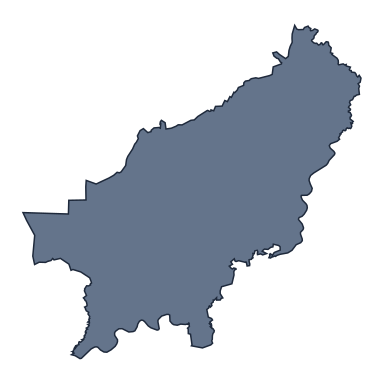 outline of Krimuldas pag., Krimuldas, Latvia
{"feature_id": "27541924B6857171142021", "entity_name": "Krimuldas pag.", "entity_type": "district", "adm_level": 2, "iso_a3": "LVA", "parent_name": "Latvia", "parent_adm1": "Krimuldas", "projection": "orthographic", "projection_center": [24.794, 57.217], "detail": "fine", "context": "isolated", "style": "filled", "palette": "slate", "viewbox_px": 384, "rotation_deg": 0, "n_neighbors": 0, "source": "geoboundaries", "source_scale": "gbopen_adm2", "svg_char_len": 5923}
<svg xmlns="http://www.w3.org/2000/svg" viewBox="0 0 384 384"><path d="M191.4,345.8L202.5,347.9L210.8,344.9L212.6,343.2L211.7,340.8L212.3,339.4L212.4,335.8L212.9,333.5L213.9,332.3L214.3,330.7L213.0,328.7L212.2,328.6L210.6,327.0L211.2,327.0L210.9,326.7L211.0,325.4L211.6,325.7L211.6,325.0L211.1,324.8L211.2,324.0L210.2,324.5L209.3,323.6L210.3,322.6L209.9,322.0L212.5,320.0L211.6,318.5L208.3,317.1L206.8,309.5L208.8,307.9L209.0,306.3L209.6,305.9L210.4,307.1L211.9,305.6L211.3,303.5L213.2,302.1L213.3,300.0L214.2,300.2L216.6,297.7L216.6,300.1L220.3,300.0L221.2,298.4L222.8,297.9L220.2,293.7L220.2,290.9L221.6,286.7L231.9,283.8L234.0,275.0L233.8,271.7L234.7,269.8L236.0,269.3L235.9,268.6L233.8,268.0L232.3,269.0L230.2,267.4L230.1,266.7L229.3,266.1L232.5,264.3L230.8,261.8L234.3,258.8L235.0,261.0L236.0,261.5L238.7,260.7L245.2,262.3L245.9,261.9L246.3,262.3L247.1,266.0L249.6,265.6L249.8,264.0L249.1,261.4L249.1,259.7L251.5,259.3L251.8,258.2L252.7,258.2L253.0,257.6L252.6,256.9L252.8,255.6L253.2,255.1L252.9,253.5L254.3,253.7L254.8,250.9L257.2,250.3L257.9,252.1L257.3,252.9L257.5,254.6L260.6,253.9L262.7,254.9L266.6,253.6L262.2,251.2L263.2,250.1L264.4,249.1L268.0,249.4L270.8,247.3L272.9,246.9L273.3,244.2L278.3,245.4L279.5,246.1L280.1,246.9L280.2,250.1L274.7,252.3L273.8,253.0L272.6,255.2L270.2,253.7L269.6,254.5L269.9,255.6L268.9,257.7L270.6,258.0L272.5,256.4L272.7,256.9L274.9,256.0L275.6,256.4L276.9,255.4L280.1,254.3L287.8,252.9L292.0,250.3L296.2,244.7L300.7,242.7L302.3,240.7L302.2,238.9L300.5,234.1L300.5,232.3L302.8,229.9L303.4,228.8L303.5,227.7L302.2,224.0L298.5,219.5L298.6,218.6L299.2,217.5L302.1,216.3L304.2,214.1L306.6,210.3L307.3,207.8L307.0,205.4L306.1,203.9L302.5,200.2L301.2,197.2L301.1,196.1L301.4,195.4L307.2,195.2L309.4,193.8L311.5,191.3L312.2,188.3L310.2,183.9L309.1,180.5L309.2,178.6L310.6,175.5L313.7,173.0L326.3,165.1L327.7,163.4L329.2,160.3L334.5,154.6L334.9,153.1L333.9,151.4L330.3,148.2L329.7,146.9L329.3,145.6L330.6,143.7L337.1,141.3L339.6,139.2L338.6,137.8L340.1,135.2L340.0,133.9L341.0,134.0L341.2,132.8L342.6,131.9L342.5,130.9L342.9,130.5L343.7,130.1L345.0,130.8L346.0,130.0L346.0,129.1L347.2,127.8L348.4,128.5L349.3,128.1L350.3,128.6L351.0,128.1L351.8,126.2L350.8,123.0L352.3,123.6L352.6,123.3L352.4,122.2L353.2,121.4L350.1,119.0L350.1,117.2L350.9,116.7L351.5,115.2L350.2,112.6L348.4,112.0L348.4,111.0L350.1,110.4L350.5,109.2L348.5,107.3L348.9,106.4L350.7,104.8L349.5,102.4L350.2,100.6L352.5,99.7L354.2,96.3L355.1,96.3L356.5,95.1L359.4,94.4L358.7,88.4L359.5,86.1L358.1,83.7L360.2,82.2L361.0,78.1L359.2,75.3L357.8,77.0L356.7,76.0L355.9,73.9L354.8,72.5L351.5,72.1L351.2,70.6L349.8,70.4L349.3,69.7L350.4,67.1L346.3,66.0L346.0,65.5L346.2,64.5L344.7,64.9L343.2,63.9L338.8,64.8L338.3,64.4L338.1,63.8L338.4,62.7L338.2,60.2L337.0,58.2L331.9,54.5L332.6,53.4L330.4,52.7L331.2,47.8L328.8,45.3L328.4,42.4L328.1,42.0L326.2,41.7L323.4,44.7L322.7,44.7L321.8,42.9L321.2,42.8L319.8,44.6L318.4,45.0L316.7,43.2L315.5,43.4L313.7,42.8L311.6,40.8L311.7,40.0L313.5,38.7L314.0,37.8L314.1,36.1L314.8,35.1L315.8,34.3L316.5,32.8L317.5,32.2L318.1,30.9L317.7,30.1L314.7,28.9L312.3,30.5L310.6,30.7L310.3,30.1L310.8,28.5L309.0,27.6L308.1,26.1L304.5,27.5L303.3,29.5L298.5,29.7L296.8,29.1L294.7,25.4L292.2,34.0L292.0,38.1L292.2,42.3L290.2,46.4L289.0,50.4L288.3,56.4L285.6,58.6L279.5,54.5L276.6,51.9L272.8,52.9L274.0,56.1L276.7,58.2L278.4,58.7L280.5,62.1L281.6,62.6L281.4,63.9L273.2,66.9L272.2,74.4L269.5,75.6L258.5,78.4L255.8,77.8L251.7,78.6L250.4,79.2L249.4,80.4L245.4,81.1L243.9,82.7L243.6,85.4L238.4,87.5L237.2,90.1L234.7,92.7L233.9,92.2L231.4,97.4L229.9,96.6L227.4,101.6L224.8,100.5L222.1,106.1L215.5,106.4L213.7,110.8L211.0,109.9L210.9,111.0L209.6,111.4L207.7,110.4L207.1,110.6L197.8,116.5L194.3,119.9L190.9,120.3L182.1,124.9L178.2,124.8L176.1,126.2L171.3,128.2L166.0,129.0L165.1,122.7L161.4,120.3L160.3,121.9L160.0,123.9L160.7,123.7L160.3,128.2L158.9,127.5L154.0,127.9L151.2,130.3L151.1,131.6L147.8,132.6L143.4,128.6L140.1,130.6L137.4,135.9L138.3,138.6L136.3,142.3L134.7,144.2L132.6,149.0L127.8,156.4L126.5,159.6L125.7,165.5L121.1,171.9L119.4,172.8L117.1,172.3L113.7,175.3L109.0,178.0L96.1,184.0L86.2,180.4L85.8,186.8L86.0,200.0L68.8,200.3L68.4,214.0L23.0,212.6L26.6,220.4L34.7,235.3L32.8,256.1L34.6,264.5L39.2,262.2L45.6,262.4L48.7,260.9L48.4,261.2L51.0,260.5L52.7,258.5L54.0,259.9L60.4,258.4L68.9,264.1L71.0,270.3L72.9,269.5L80.7,271.9L89.7,277.8L91.1,281.4L91.5,283.0L90.5,283.7L90.2,284.2L90.5,284.9L88.7,285.9L86.6,285.8L84.6,289.0L84.8,289.7L84.4,290.8L86.5,295.5L83.4,297.9L84.7,299.4L85.1,300.5L85.9,300.9L86.6,302.6L87.1,305.2L86.8,306.0L84.6,307.1L85.5,308.4L85.4,308.9L86.3,310.8L88.7,312.3L88.0,314.0L89.7,316.4L89.2,318.5L89.6,318.6L88.8,319.8L89.3,320.3L89.3,321.6L88.3,321.5L87.8,322.1L88.9,322.2L89.5,322.9L88.8,324.4L87.9,324.5L89.1,325.5L88.1,327.0L86.3,328.1L87.5,329.1L86.5,329.6L85.4,331.5L85.4,332.3L86.1,332.2L86.3,332.7L85.1,334.5L85.0,335.5L84.1,336.0L84.7,337.3L84.0,337.9L83.7,339.0L82.3,339.5L83.3,339.8L80.6,342.2L79.3,341.7L78.9,342.1L78.6,343.8L78.9,344.6L76.1,345.6L76.8,346.3L76.0,347.2L75.8,346.2L75.4,346.4L74.2,348.3L75.0,348.7L73.5,350.1L73.2,351.3L72.6,351.5L73.4,351.7L73.5,352.1L73.0,352.1L72.9,352.6L73.9,353.2L71.5,354.7L75.2,355.7L80.0,358.6L81.4,358.3L91.2,348.9L94.5,347.1L96.2,346.8L97.8,347.2L100.5,350.0L103.9,352.0L106.9,352.2L111.1,349.8L115.2,346.3L116.8,343.8L117.5,341.7L117.5,339.7L114.7,335.4L114.6,332.8L115.5,331.3L118.8,328.8L122.2,328.7L128.8,332.0L133.1,331.6L134.9,330.8L137.1,326.9L137.8,324.0L139.4,321.3L141.3,320.1L142.9,320.3L144.6,321.6L148.2,325.9L150.9,327.8L157.1,330.1L158.6,329.7L159.2,328.6L158.0,322.2L157.9,320.5L158.6,319.2L161.6,316.1L166.7,314.4L168.5,314.4L169.7,315.1L170.0,321.1L172.3,323.8L173.8,324.7L177.3,325.2L180.7,324.1L185.5,324.5L188.1,323.8L188.8,323.0L189.1,323.5L187.9,324.4L189.1,324.6L189.4,326.4L187.5,328.2L188.2,329.0L188.3,333.6L190.5,334.2L192.0,344.8L191.4,345.8Z" fill="#64748b" stroke="#1e293b" stroke-width="1.5"/></svg>